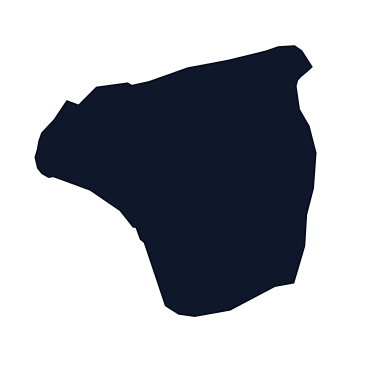 the district of Magdalena Milpas Altas, Sacatepéquez, Guatemala, rotated 347°
{"feature_id": "79465075B1840985123579", "entity_name": "Magdalena Milpas Altas", "entity_type": "district", "adm_level": 2, "iso_a3": "GTM", "parent_name": "Guatemala", "parent_adm1": "Sacatepéquez", "projection": "robinson", "projection_center": [-90.68, 14.541], "detail": "fine", "context": "isolated", "style": "filled", "palette": "ink", "viewbox_px": 384, "rotation_deg": 347, "n_neighbors": 0, "source": "geoboundaries", "source_scale": "gbopen_adm2", "svg_char_len": 709}
<svg xmlns="http://www.w3.org/2000/svg" viewBox="0 0 384 384"><g transform="rotate(347 192 192)"><path d="M289.4,270.0L298.4,239.7L311.0,215.5L321.4,181.7L320.7,154.2L315.0,135.7L317.0,112.1L319.9,106.6L323.7,104.0L331.9,99.8L336.9,97.0L330.6,79.3L324.8,72.8L308.6,70.1L295.6,71.5L256.4,72.0L215.8,70.3L175.0,75.0L157.1,74.8L153.8,71.5L122.5,68.6L101.0,82.1L90.6,75.2L74.2,90.6L59.0,100.8L54.3,108.2L51.3,115.5L47.1,123.0L47.1,134.0L50.0,140.1L55.7,145.3L60.4,145.6L93.2,167.0L117.9,193.8L126.9,212.8L129.7,213.8L131.2,226.3L134.3,230.5L140.7,296.7L143.8,299.9L148.5,304.6L151.6,307.8L166.7,313.6L202.5,315.4L251.4,302.4L270.6,303.3L289.4,270.0Z" fill="#0f172a" stroke="#020617" stroke-width="1.5"/></g></svg>